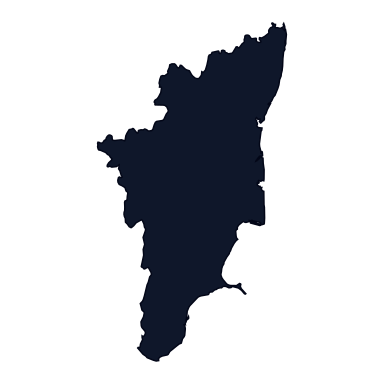 an SVG outline of Tamil Nadu
{"feature_id": "IND-3263", "entity_name": "Tamil Nadu", "entity_type": "State", "adm_level": 1, "iso_a3": "IND", "parent_name": "India", "parent_adm1": "", "projection": "equal_earth", "projection_center": [78.435, 10.806], "detail": "fine", "context": "isolated", "style": "filled", "palette": "ink", "viewbox_px": 384, "rotation_deg": 0, "n_neighbors": 0, "source": "natural_earth", "source_scale": "10m", "svg_char_len": 5979}
<svg xmlns="http://www.w3.org/2000/svg" viewBox="0 0 384 384"><path d="M263.8,191.3L264.0,204.8L264.4,207.3L264.6,218.0L264.3,223.3L264.1,224.0L261.5,224.8L260.7,224.4L260.8,223.1L259.7,222.3L254.0,221.1L253.5,221.4L253.1,222.3L255.3,222.5L257.2,223.6L259.8,224.0L260.5,224.5L260.4,225.3L259.8,225.5L250.5,223.0L250.3,222.1L252.7,221.1L252.8,220.7L251.9,220.2L251.0,220.7L249.2,220.5L249.4,221.5L246.0,222.4L245.0,222.3L243.2,221.4L238.9,224.9L237.4,227.0L237.3,229.2L236.3,229.8L235.7,231.2L236.1,236.2L236.6,238.1L237.7,239.3L236.0,240.8L234.1,243.3L231.4,248.2L230.5,250.8L229.5,252.3L229.2,253.7L226.7,257.2L224.0,262.1L223.8,263.9L222.5,266.1L221.7,268.7L221.4,271.7L220.9,274.1L221.0,275.4L221.8,277.7L223.0,279.6L226.7,284.0L228.3,284.9L230.2,285.5L236.5,285.6L239.6,283.5L240.6,283.9L240.8,284.5L240.3,286.3L241.2,288.6L245.8,293.7L245.2,294.1L244.4,293.7L241.5,290.3L238.4,288.0L232.5,286.5L230.9,287.6L228.9,287.8L226.1,286.5L224.4,286.3L222.9,286.5L221.6,287.8L220.1,287.8L217.7,288.4L216.4,289.4L214.6,289.9L212.3,291.9L210.0,292.1L209.3,292.5L208.7,294.1L208.1,294.6L201.2,295.8L199.5,296.3L197.8,297.3L189.8,305.7L188.8,307.3L187.2,311.2L186.8,316.3L186.3,318.9L186.9,318.2L188.0,317.8L188.5,316.7L188.7,318.1L188.2,318.9L186.6,320.1L185.9,322.2L185.3,323.4L185.1,324.0L185.4,324.8L184.1,324.8L185.0,326.8L185.3,328.8L184.7,335.3L184.1,336.7L182.5,338.8L181.3,343.1L178.8,344.2L169.8,351.5L168.1,354.4L167.3,354.9L162.3,356.0L160.1,357.0L158.5,358.6L158.7,360.6L156.2,361.0L153.4,360.2L147.2,357.7L145.8,356.1L143.0,354.2L137.7,348.0L138.2,347.4L139.3,347.5L140.1,346.9L140.5,344.0L142.6,339.7L142.1,337.3L142.1,335.9L143.0,336.6L143.9,336.1L144.8,334.9L145.5,333.0L145.0,331.2L142.0,327.6L141.3,325.9L141.0,321.9L143.5,316.9L144.3,312.8L143.9,311.9L142.0,310.1L140.3,303.5L142.4,301.4L143.3,299.6L144.4,296.0L147.1,284.9L148.3,282.2L149.7,276.9L151.3,274.9L151.3,273.4L151.1,272.5L148.4,267.5L146.9,267.6L144.8,268.9L144.0,268.9L143.1,267.8L141.6,267.0L141.3,266.5L143.7,255.2L143.2,249.4L144.7,244.4L143.1,237.4L145.4,230.7L145.6,228.9L144.5,227.2L143.9,223.9L142.5,220.8L141.6,219.7L136.2,222.7L133.7,225.7L131.4,227.6L130.8,227.6L129.2,226.7L127.3,224.0L125.5,222.2L125.3,218.4L124.4,216.4L124.0,214.4L124.1,212.4L124.7,210.5L124.8,207.3L124.6,202.3L125.0,201.0L126.6,200.4L127.1,199.4L127.3,196.2L127.8,193.2L127.5,192.1L126.1,191.0L125.0,187.6L122.2,185.8L119.2,184.4L118.0,182.2L117.8,180.2L118.5,177.5L119.5,177.0L121.2,177.7L121.9,177.3L122.2,176.7L121.2,175.2L120.0,171.0L118.6,168.8L119.1,166.4L119.2,164.8L116.4,166.6L111.8,167.1L109.7,166.2L108.3,166.8L107.5,166.7L107.2,166.3L107.3,165.1L108.7,162.8L111.5,160.2L111.9,158.6L110.7,157.7L109.2,155.3L107.5,154.4L105.7,152.5L100.8,150.4L98.7,149.9L98.1,148.9L97.6,146.8L97.9,144.9L97.6,143.3L98.0,142.2L99.2,142.4L100.7,143.2L102.6,142.9L104.2,140.5L106.1,139.4L106.1,138.3L107.2,136.4L108.4,135.3L109.2,135.0L110.1,135.1L111.4,135.7L112.0,136.4L112.3,139.6L113.0,140.3L114.8,140.5L121.5,139.8L124.7,140.8L125.2,139.8L125.8,135.9L126.9,133.4L129.2,129.6L131.5,129.2L132.8,128.5L133.5,128.7L136.7,132.7L137.4,133.1L137.9,133.0L138.5,130.5L139.0,130.3L140.9,129.8L143.1,129.9L144.8,129.0L146.6,129.7L148.5,131.1L151.7,130.6L152.9,129.3L154.2,125.0L155.4,122.3L156.7,121.4L162.5,120.5L163.8,119.5L166.3,114.1L167.8,112.2L168.1,111.5L168.3,110.3L166.8,106.9L165.1,105.5L163.6,105.1L155.2,104.9L154.9,104.4L155.0,103.4L154.9,102.8L154.3,102.3L154.3,101.5L155.0,100.2L157.3,98.7L158.7,96.7L160.8,92.6L161.5,88.0L161.0,87.1L159.5,87.1L159.7,85.1L159.1,83.1L159.9,79.2L161.0,76.2L162.4,75.6L164.7,75.8L168.1,73.3L167.7,71.2L169.3,67.6L169.8,64.8L171.8,63.9L174.5,63.9L175.5,64.6L177.3,67.3L178.3,68.0L179.2,67.6L180.3,65.3L181.5,65.5L185.0,68.9L186.4,69.8L189.4,70.8L191.5,74.6L192.6,76.0L195.1,78.1L196.7,78.6L198.4,78.6L199.4,78.0L201.4,75.2L201.8,71.7L203.0,72.4L203.4,72.3L205.4,70.1L206.9,65.2L208.0,60.1L208.5,56.5L209.2,55.1L211.2,54.4L212.1,52.4L218.3,51.0L218.8,51.3L219.4,53.4L220.2,53.6L221.2,52.6L221.6,50.6L223.0,50.2L224.7,50.8L225.3,52.5L226.9,52.9L228.3,53.8L232.1,53.2L232.9,52.4L236.2,46.9L237.5,46.9L238.2,47.8L239.2,47.8L242.1,43.8L244.0,42.4L244.3,41.7L244.2,39.4L244.7,38.2L244.9,36.2L245.3,35.6L246.1,35.2L247.9,35.1L249.1,35.6L251.4,38.8L255.9,38.2L256.3,38.5L256.3,40.6L256.6,41.4L257.7,42.3L260.3,42.4L260.7,42.2L260.9,41.1L259.3,39.3L259.4,37.9L259.7,37.6L261.3,38.0L262.1,37.8L264.7,36.4L268.5,33.4L268.9,32.6L268.7,30.9L269.1,29.6L270.5,27.8L272.5,26.9L273.0,26.2L272.9,25.3L271.8,23.7L272.0,23.1L272.7,23.0L274.4,24.4L275.5,24.4L275.5,25.2L275.0,27.1L275.2,27.7L277.5,27.7L279.8,28.3L280.8,28.2L282.7,27.1L282.5,28.2L284.6,30.5L284.9,29.6L285.5,29.5L286.4,34.5L285.8,41.0L285.2,40.6L284.9,42.7L285.8,42.3L285.8,43.8L284.6,47.0L284.9,49.5L283.6,51.8L282.9,58.6L282.6,66.1L282.1,70.6L281.3,73.8L281.1,76.0L279.6,79.8L278.9,84.8L277.8,88.4L275.0,95.3L273.4,97.1L271.8,100.6L270.9,101.9L268.5,103.5L268.1,104.2L268.5,104.5L270.9,102.8L267.3,109.7L266.0,113.4L264.7,115.4L264.3,116.3L264.4,119.1L263.8,120.5L262.7,121.0L261.1,122.8L260.5,123.0L259.4,121.5L260.2,120.1L260.1,119.1L257.9,119.3L256.6,117.6L255.8,118.4L255.6,119.2L256.5,120.6L256.7,122.3L257.4,123.0L257.4,124.1L256.9,125.8L257.1,126.5L258.4,127.6L262.0,128.0L261.7,130.3L261.2,130.8L260.9,132.0L259.4,143.8L259.6,146.4L260.7,150.8L260.9,153.2L261.3,153.2L261.5,152.6L261.2,151.5L262.0,151.6L262.3,152.1L262.6,155.3L262.5,155.9L262.1,156.1L260.2,156.0L259.3,156.4L256.3,160.2L255.9,161.2L256.8,160.8L259.4,158.5L259.7,157.4L260.5,157.1L263.0,158.1L263.2,163.2L264.1,169.6L264.0,179.1L263.8,180.8L261.9,180.4L260.9,181.3L258.7,180.4L258.4,180.6L258.3,181.0L258.8,181.5L259.1,182.8L258.5,183.2L258.0,182.5L257.3,182.5L257.2,183.0L257.8,183.5L257.3,184.4L257.3,185.1L258.0,185.7L258.9,186.0L259.3,186.7L260.1,186.4L260.5,187.5L261.8,187.5L261.3,189.1L261.5,189.7L262.2,190.3L262.3,190.8L263.8,191.3ZM283.7,23.5L284.7,26.4L284.9,28.8L284.6,28.8L283.2,24.4L283.7,23.5Z" fill="#0f172a" stroke="#020617" stroke-width="1.5"/></svg>